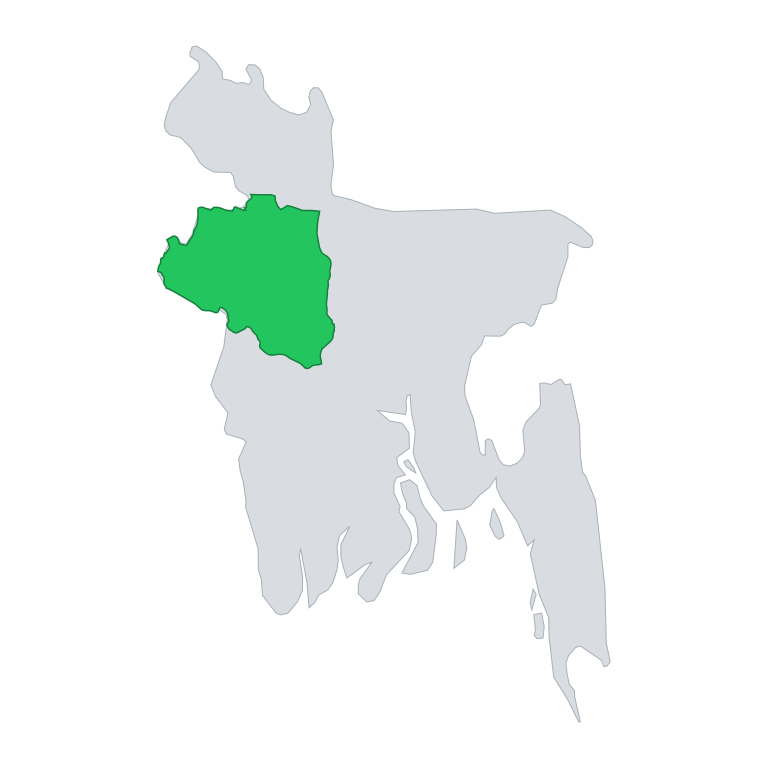 Bangladesh, with Rajshahi highlighted
{"feature_id": "BGD-3255", "entity_name": "Rajshahi", "entity_type": "Division", "adm_level": 1, "iso_a3": "BGD", "parent_name": "Bangladesh", "parent_adm1": "", "projection": "natural_earth1", "projection_center": [88.991, 24.559], "detail": "fine", "context": "in_parent", "style": "filled", "palette": "green", "viewbox_px": 768, "rotation_deg": 0, "n_neighbors": 0, "source": "natural_earth", "source_scale": "10m", "svg_char_len": 6472}
<svg xmlns="http://www.w3.org/2000/svg" viewBox="0 0 768 768"><path d="M258.3,569.7L258.1,548.5L245.5,506.8L246.1,502.2L243.4,482.1L240.2,470.9L238.6,459.0L246.2,441.9L243.2,439.2L226.3,434.0L224.3,429.5L227.9,412.7L215.7,396.8L210.9,384.9L223.9,346.6L227.2,319.9L226.2,314.7L218.3,308.7L204.3,306.3L194.4,301.3L188.6,293.8L183.7,290.8L177.6,293.0L169.8,290.1L163.4,282.6L158.0,273.4L160.1,263.5L170.3,239.9L174.2,239.2L183.0,243.7L186.3,243.7L192.1,234.4L200.3,207.9L228.6,210.2L235.4,209.3L242.5,207.2L246.4,203.8L248.5,199.6L247.8,195.9L239.1,190.9L235.7,187.2L233.3,176.6L230.8,172.5L213.7,172.0L204.8,167.1L199.9,162.7L191.3,148.3L180.6,137.5L170.3,135.0L166.3,131.5L164.2,126.0L165.5,118.1L170.7,102.7L198.9,69.7L199.6,66.0L198.5,61.8L190.3,56.5L189.7,53.9L192.1,46.9L196.7,46.1L206.5,52.4L216.3,62.6L222.2,71.7L222.4,78.8L230.1,80.3L236.5,83.4L243.2,82.5L247.5,84.2L250.4,83.6L251.4,79.5L245.9,69.1L248.6,64.7L255.0,64.9L259.7,68.9L263.1,76.9L263.8,89.3L271.3,100.5L281.3,108.5L289.2,112.2L298.6,114.9L306.7,112.3L310.7,104.5L308.9,97.5L310.2,91.2L313.4,87.7L318.4,87.9L322.2,92.9L333.3,119.8L331.0,131.7L333.5,164.4L330.8,186.0L332.5,194.2L334.4,195.7L351.0,199.7L375.1,208.3L393.5,211.5L476.6,209.1L494.8,213.3L550.4,210.1L565.5,216.9L582.0,228.1L591.3,236.5L593.0,241.2L592.1,245.3L589.0,247.5L583.3,247.6L570.2,242.2L568.0,243.8L567.9,256.7L557.5,289.1L556.0,299.1L552.4,303.1L541.4,305.1L534.2,324.0L531.2,326.4L524.0,322.2L519.5,322.9L513.9,324.6L508.3,329.0L504.4,334.4L500.0,336.2L484.5,335.9L481.5,344.7L471.4,356.2L464.5,386.5L465.0,395.8L473.8,420.1L479.9,451.6L482.2,454.8L485.2,455.0L485.3,440.6L488.1,438.8L491.7,440.4L499.1,459.8L503.3,464.7L509.8,466.1L517.2,463.2L522.6,457.5L524.8,451.4L522.8,430.2L526.2,421.6L538.8,408.7L540.6,404.8L539.7,383.6L544.5,382.9L550.9,384.5L559.0,379.5L561.4,379.4L564.9,384.8L570.6,383.9L579.5,425.9L580.4,455.6L582.5,472.1L585.6,475.8L595.4,500.5L604.9,587.6L606.3,642.9L610.2,661.7L607.1,665.9L604.0,666.7L601.1,660.1L580.5,646.1L575.5,647.5L568.5,655.6L565.8,663.2L567.1,673.8L569.3,684.3L574.3,690.3L574.7,696.9L580.3,721.8L578.7,721.9L567.5,699.3L553.7,677.0L549.1,637.1L548.7,617.5L539.2,594.3L530.3,553.9L534.1,539.7L527.6,545.9L517.3,521.6L501.1,497.9L496.4,487.4L496.2,477.2L489.3,487.5L480.0,494.7L470.4,505.6L464.1,508.9L443.9,510.9L432.2,496.3L415.4,460.8L413.2,452.7L415.3,431.8L411.3,412.1L410.1,394.6L407.1,396.2L406.0,401.0L406.6,408.3L405.4,414.5L377.4,410.5L389.4,420.9L402.2,423.3L408.9,432.6L409.4,448.1L396.8,457.5L397.9,465.3L405.3,474.9L396.4,477.6L394.0,483.8L393.9,492.8L400.1,506.4L399.0,511.8L409.7,529.7L411.7,538.3L409.2,550.4L386.3,575.0L379.7,592.4L374.1,600.5L367.0,602.0L358.4,593.8L358.3,585.3L360.0,578.6L371.9,562.3L365.4,564.5L346.9,578.0L343.3,567.1L340.9,557.0L340.9,544.6L349.8,526.1L339.7,535.3L336.9,546.9L338.2,560.4L336.9,570.0L332.9,582.6L327.5,590.1L318.8,594.9L314.9,602.3L309.1,607.8L307.0,582.5L300.6,548.4L299.3,555.7L302.6,576.9L302.4,590.6L297.6,601.5L288.0,613.2L280.6,614.9L276.2,613.1L262.5,595.5L261.3,578.9L258.3,569.7ZM427.7,570.2L410.6,574.3L401.9,573.0L418.1,542.4L417.5,528.6L414.9,517.4L406.6,508.5L406.2,502.0L402.4,493.3L400.5,483.0L409.6,479.7L417.1,485.6L419.8,497.2L423.5,506.0L436.4,524.0L436.2,535.0L432.8,561.9L427.7,570.2ZM464.3,560.2L453.9,568.3L457.1,519.9L464.9,537.9L466.9,547.6L464.3,560.2ZM504.0,536.0L499.4,539.4L495.2,536.4L489.7,525.0L492.3,510.6L494.0,508.6L500.6,523.3L504.0,536.0ZM543.0,638.1L537.1,638.7L534.2,635.2L535.5,630.3L533.8,614.6L541.4,613.1L544.2,626.2L543.0,638.1ZM536.2,594.2L531.9,609.8L530.1,602.8L533.1,589.1L536.2,594.2ZM414.0,468.1L415.8,473.1L406.2,466.6L403.7,462.0L407.9,459.6L414.0,468.1Z" fill="#d9dde1" stroke="#a8b0b8" stroke-width="1"/><path d="M227.0,324.7L227.3,323.7L228.5,321.8L228.8,320.8L228.6,320.3L228.3,318.4L228.1,317.9L227.6,313.3L225.4,310.0L222.2,307.8L220.1,307.3L219.0,310.0L217.5,312.5L215.4,312.6L210.6,310.8L204.3,310.5L202.0,310.0L194.8,303.7L169.2,288.9L166.4,288.3L166.2,287.5L165.3,285.8L164.4,284.5L164.0,284.1L163.9,283.5L164.0,277.4L163.7,276.7L162.2,275.1L161.3,272.7L159.7,272.0L157.8,271.4L158.3,267.8L159.1,265.7L160.4,263.7L160.9,258.6L162.0,258.1L163.2,257.8L163.9,256.8L164.0,255.2L164.3,253.8L165.0,252.9L166.2,253.2L167.2,251.1L168.5,249.6L169.5,248.1L169.2,245.9L167.9,241.8L167.5,240.8L166.9,240.2L166.9,239.7L171.8,236.8L173.6,236.1L175.5,236.3L177.1,237.5L178.4,239.5L179.3,241.8L179.4,243.9L180.6,244.0L184.7,245.2L186.3,245.3L187.2,244.6L189.0,241.1L192.4,236.3L193.6,233.6L193.9,230.5L196.1,227.4L197.3,223.9L198.1,216.3L197.8,209.7L198.8,207.7L202.1,207.1L203.7,207.6L206.8,208.9L209.4,209.7L209.8,209.9L210.3,209.9L211.4,209.7L212.1,209.2L213.3,207.7L214.2,207.3L217.6,207.4L220.6,208.1L226.4,210.4L232.2,211.1L233.0,210.4L234.0,207.9L234.6,207.1L235.4,206.9L236.0,207.1L236.7,207.5L243.4,210.1L245.8,210.3L244.4,207.8L246.2,207.4L246.5,206.2L246.2,204.7L246.3,203.1L247.2,201.8L250.8,198.9L251.5,197.8L251.8,196.6L251.5,195.5L250.8,194.5L260.4,194.8L271.0,194.8L275.0,196.0L275.3,200.4L277.8,206.4L280.9,209.7L287.4,205.6L293.3,207.1L302.6,210.5L312.2,210.5L319.6,211.3L318.4,217.6L317.5,223.7L316.9,233.6L317.1,234.5L319.4,247.2L320.3,249.5L321.6,252.3L322.6,253.5L324.3,254.8L327.2,256.4L328.9,258.2L329.8,259.3L330.4,260.6L330.9,262.7L330.9,265.2L329.9,270.5L329.7,271.8L330.2,274.0L330.2,275.5L329.5,278.5L328.4,279.9L327.9,281.2L328.2,282.6L328.3,284.8L328.1,287.1L327.4,290.7L327.3,295.1L326.4,303.5L326.4,304.7L327.0,309.1L326.9,313.7L327.0,314.8L327.3,315.1L327.8,315.5L328.0,315.9L330.7,319.1L331.7,320.0L332.0,320.4L332.1,321.0L332.2,323.5L333.9,324.0L334.3,325.1L334.1,326.2L334.2,326.7L334.5,327.4L334.2,329.1L334.0,330.8L334.3,331.0L333.3,332.9L333.0,337.1L332.3,338.7L331.4,340.3L330.2,341.6L321.8,349.2L320.6,352.8L320.2,355.4L320.4,357.1L321.4,362.5L321.5,363.9L319.2,364.6L313.8,365.1L312.2,365.8L309.3,367.9L307.6,368.5L305.1,368.0L301.1,364.1L298.9,362.7L290.2,358.5L287.0,356.1L286.9,356.1L284.7,355.0L282.2,354.4L279.6,354.2L271.5,355.2L268.8,354.6L266.7,353.5L264.6,352.0L260.8,348.5L259.9,347.3L259.6,346.2L259.8,345.1L260.1,343.6L260.1,342.4L259.7,341.3L259.0,340.4L258.3,339.6L257.7,338.6L257.4,337.7L257.2,336.8L256.8,335.7L256.5,335.1L255.5,334.3L253.2,331.9L251.0,328.6L250.2,327.9L249.3,327.3L248.4,326.9L247.5,326.7L246.5,326.8L245.5,328.2L244.2,329.2L237.9,332.4L236.1,332.9L234.2,332.6L233.4,332.1L232.0,331.0L229.6,329.6L229.0,329.0L227.5,326.4L227.1,325.5L227.0,324.7Z" fill="#22c55e" stroke="#15803d" stroke-width="1.5"/></svg>